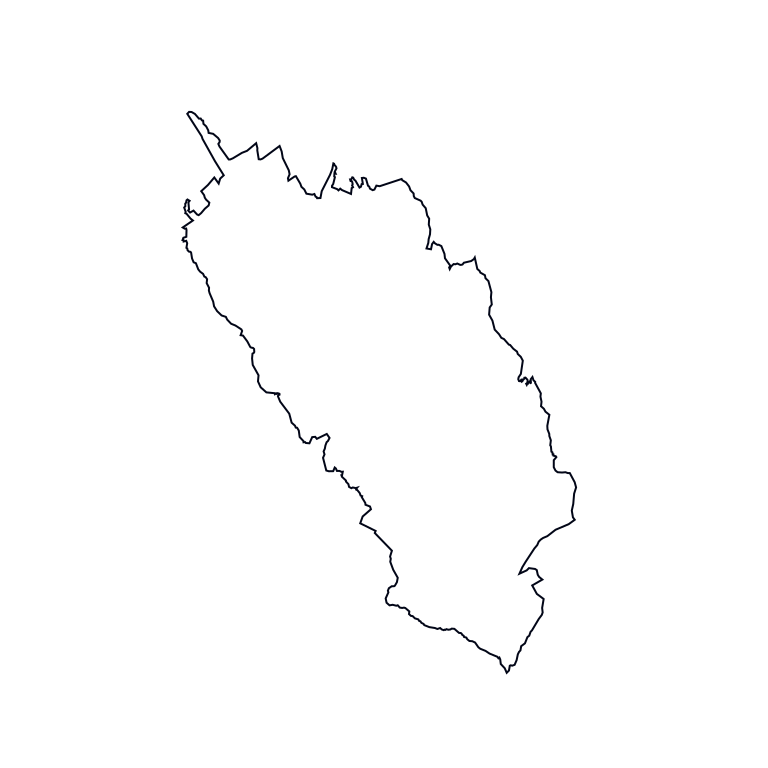 Nicolae Balcescu, Vâlcea, Romania, rotated 77°
{"feature_id": "2599482B33321571341238", "entity_name": "Nicolae Balcescu", "entity_type": "district", "adm_level": 2, "iso_a3": "ROU", "parent_name": "Romania", "parent_adm1": "Vâlcea", "projection": "robinson", "projection_center": [24.389, 44.984], "detail": "fine", "context": "isolated", "style": "outline", "palette": "ink", "viewbox_px": 768, "rotation_deg": 77, "n_neighbors": 0, "source": "geoboundaries", "source_scale": "gbopen_adm2", "svg_char_len": 6153}
<svg xmlns="http://www.w3.org/2000/svg" viewBox="0 0 768 768"><g transform="rotate(77 384 384)"><path d="M442.2,460.0L455.3,459.7L456.6,457.4L457.5,453.1L454.3,450.8L455.5,449.9L458.1,449.4L458.7,446.9L460.0,445.2L460.2,443.9L463.5,445.4L463.4,446.0L465.0,445.8L469.5,442.8L470.5,443.0L473.6,441.2L476.4,441.2L478.2,439.2L477.8,437.7L479.1,434.9L479.0,433.5L480.1,434.9L480.8,434.8L481.3,433.9L484.8,432.2L487.4,431.9L488.4,430.5L489.3,431.1L495.7,429.0L497.5,429.2L500.2,425.2L503.1,424.9L508.3,434.6L514.4,438.5L525.3,425.2L527.1,426.5L548.2,413.8L553.5,416.9L555.8,416.7L558.6,417.9L567.1,416.8L575.9,414.2L580.0,416.0L583.0,418.8L583.3,419.7L582.8,422.0L584.1,425.2L586.3,426.7L588.0,426.6L593.3,430.6L597.7,430.7L600.9,428.4L601.1,425.2L602.8,421.9L602.7,420.4L605.4,418.9L606.3,416.7L606.4,414.8L607.1,413.6L611.3,410.5L613.8,411.4L616.0,409.9L616.6,408.3L619.3,406.6L621.1,403.5L622.8,403.0L623.4,401.9L625.1,401.3L626.7,399.4L628.0,399.0L631.1,394.5L633.2,389.3L634.7,387.1L634.4,384.2L636.2,382.9L637.3,381.1L637.0,380.2L637.4,379.4L636.9,378.4L637.9,376.6L638.1,374.6L637.6,373.0L638.4,370.5L643.4,366.9L643.9,365.2L644.8,364.5L646.0,364.2L647.2,363.0L648.5,362.9L649.6,360.8L651.4,360.3L653.6,358.6L654.5,355.8L656.4,353.4L661.7,351.3L663.6,349.8L666.9,345.1L670.4,341.8L675.3,334.9L677.0,334.2L676.5,333.1L678.5,332.7L683.1,333.2L688.1,330.3L693.0,329.4L691.3,326.7L686.8,324.8L686.6,323.8L687.3,322.4L687.0,319.9L682.9,316.9L677.5,314.4L675.4,312.7L674.3,311.0L670.3,309.3L668.4,305.0L662.9,301.2L661.9,299.1L658.4,296.9L657.4,295.3L647.8,286.1L644.5,282.2L642.3,280.8L637.8,280.3L629.4,276.8L622.9,282.3L613.6,284.9L610.2,273.7L606.8,276.3L604.4,277.1L599.7,277.0L598.2,278.4L596.0,284.2L597.7,286.9L599.3,294.7L593.6,290.4L589.1,286.0L578.1,274.5L575.4,270.9L572.4,268.7L570.8,266.2L569.8,263.6L569.0,259.1L564.6,249.6L562.1,235.5L559.2,228.7L556.4,229.9L549.6,229.5L543.5,226.6L533.6,223.4L528.0,220.1L522.6,220.3L512.6,223.0L512.1,225.0L510.8,227.0L510.3,230.5L509.0,234.7L506.9,236.4L503.3,237.3L496.4,235.7L494.0,232.5L493.1,232.8L491.9,235.0L490.7,234.8L490.6,235.5L488.4,235.3L487.6,236.1L482.3,235.4L481.1,235.8L476.4,234.1L471.9,234.6L469.8,234.2L465.0,234.9L461.5,234.3L451.2,229.8L447.3,232.9L444.1,233.8L441.0,236.0L436.7,234.5L431.5,234.4L428.4,233.3L416.9,236.5L415.9,236.2L414.0,237.5L410.6,237.8L412.4,240.0L415.9,240.6L416.0,241.0L414.4,241.5L415.1,242.3L414.5,243.2L416.1,243.7L416.1,244.5L416.9,245.1L415.7,245.4L415.3,244.3L413.2,243.3L412.1,243.3L409.6,244.7L409.5,245.8L410.3,246.0L411.3,247.5L411.0,247.9L412.3,248.4L412.7,249.2L411.0,249.6L411.9,250.8L411.5,251.8L409.5,252.1L407.7,251.3L405.0,248.4L392.5,243.5L388.3,244.6L384.9,246.9L382.4,247.1L378.7,250.1L374.4,252.3L373.7,253.5L367.2,257.0L365.4,259.3L361.4,260.7L355.9,263.9L346.6,264.1L340.1,266.0L333.2,263.8L330.8,261.1L323.5,260.3L318.7,258.7L307.2,259.1L303.8,261.3L300.7,261.2L297.1,265.1L295.4,265.4L292.9,267.2L281.2,267.1L282.5,268.3L283.8,271.4L283.8,278.9L285.2,280.6L285.3,281.5L285.1,282.9L283.1,285.5L283.4,287.5L282.8,289.2L284.7,292.4L286.8,294.1L285.1,294.3L283.7,292.8L275.2,296.3L270.8,295.8L262.5,297.1L260.6,299.4L260.4,300.7L258.3,302.8L256.7,303.6L258.5,305.7L263.3,307.9L261.5,312.1L256.5,309.1L252.9,307.9L248.5,305.5L243.7,304.1L238.8,304.5L233.1,302.8L229.5,304.0L222.1,303.8L217.9,306.0L214.9,306.3L213.6,307.1L209.7,312.2L207.6,312.7L205.0,312.3L201.2,314.6L197.2,315.1L192.6,317.2L189.5,320.4L188.2,320.7L190.3,343.7L189.0,346.8L192.4,349.6L192.6,351.4L190.5,353.7L188.3,354.0L187.2,355.0L179.8,355.4L178.5,357.3L178.3,359.2L184.3,359.6L184.2,360.8L186.6,362.1L187.1,363.7L179.4,366.1L178.2,367.1L176.0,367.6L175.5,368.4L177.3,370.0L177.1,371.0L178.7,370.9L179.1,369.8L180.2,369.5L182.3,369.6L183.3,370.4L185.3,369.9L185.8,371.4L191.4,373.4L185.6,381.3L183.8,382.7L185.1,384.8L183.6,385.8L180.5,390.4L179.2,390.1L177.7,388.5L171.4,385.3L170.6,385.8L167.6,384.9L168.1,383.8L166.0,384.2L163.2,381.8L161.8,381.8L160.0,382.5L159.5,383.4L158.2,383.1L157.7,383.7L163.0,386.1L168.0,389.5L182.1,401.3L188.5,404.1L187.9,407.4L186.7,407.6L186.1,408.5L183.2,409.1L183.4,411.3L181.1,416.8L176.5,417.9L173.3,420.1L170.0,420.5L161.7,423.1L161.7,424.4L164.4,431.4L161.9,431.3L158.4,428.8L154.4,428.7L141.1,431.8L134.4,431.4L128.6,432.2L137.1,451.7L137.4,453.8L136.8,455.5L127.8,454.9L125.7,454.3L120.6,454.4L126.0,465.0L126.8,470.4L130.1,480.5L130.6,483.3L130.3,484.8L115.6,490.9L112.8,491.4L111.2,489.7L109.8,489.3L107.0,490.3L101.8,494.2L99.9,498.4L97.3,498.2L93.0,499.3L89.9,501.4L86.7,501.0L86.2,502.1L84.1,502.9L83.8,504.6L78.3,507.5L75.7,510.3L75.0,512.7L76.5,514.9L101.7,505.9L104.3,505.7L128.8,498.6L144.6,493.2L147.0,497.4L151.5,500.0L144.6,502.9L150.5,510.8L155.0,518.7L159.5,516.8L162.1,516.7L164.3,515.9L168.0,513.4L170.6,514.7L172.9,519.1L176.4,523.8L177.8,526.6L176.8,528.0L172.2,530.6L173.3,534.4L171.7,535.4L170.8,535.8L170.1,534.7L163.0,533.7L161.8,532.2L160.0,534.0L160.6,535.1L162.8,536.1L163.6,537.1L166.1,537.6L167.1,539.0L171.5,538.5L172.9,539.2L173.7,538.1L179.3,535.3L181.7,533.4L186.2,544.9L187.8,543.3L188.0,541.8L189.6,541.8L196.1,543.5L196.4,546.6L198.4,547.9L198.7,547.0L200.1,547.2L200.0,544.5L202.6,544.1L206.9,545.9L207.7,545.2L209.5,545.3L211.2,544.2L211.7,542.8L212.7,542.4L218.5,542.8L222.6,542.1L224.0,540.1L230.5,539.2L233.2,537.9L236.0,535.5L238.9,534.9L239.8,533.7L242.1,532.8L245.8,534.1L250.9,532.8L253.5,533.6L256.2,533.5L265.3,531.9L270.1,532.1L275.5,530.2L280.7,526.8L283.0,523.0L286.0,522.3L290.9,519.4L293.6,515.6L298.7,510.7L300.4,510.3L304.2,512.7L305.1,510.5L311.8,507.6L317.8,506.0L318.6,505.3L319.4,503.5L320.6,502.7L323.6,503.2L324.4,503.9L324.8,505.3L329.4,506.8L335.9,507.6L347.3,504.3L353.1,506.2L359.5,504.9L365.7,500.5L368.3,492.8L369.4,492.6L368.8,491.3L369.4,491.0L369.0,489.7L370.0,488.1L370.9,488.2L371.2,489.6L372.1,490.1L377.9,489.1L391.6,483.0L400.9,482.7L404.6,480.1L406.6,479.8L407.1,478.5L410.2,477.5L416.7,478.1L421.6,475.3L422.7,475.5L422.9,473.9L423.9,473.4L425.0,470.0L419.6,465.9L420.0,462.9L422.3,461.8L419.8,451.0L424.3,449.2L426.9,451.4L427.8,453.0L430.7,454.9L433.7,456.2L436.1,458.0L439.2,457.8L442.2,460.0Z" fill="none" stroke="#020617" stroke-width="2"/></g></svg>